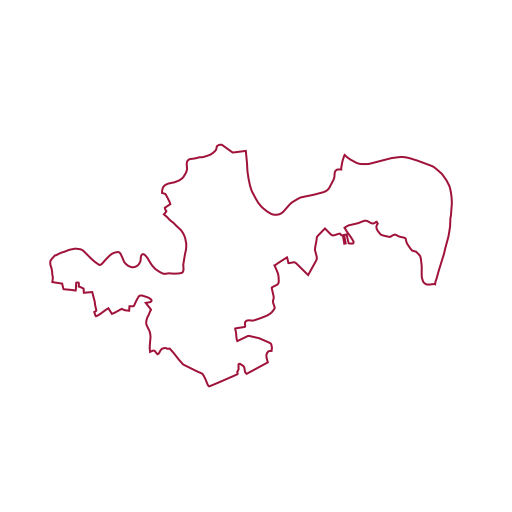 My Loc, Nam Định, Vietnam, rotated 347°
{"feature_id": "81297802B55456276640785", "entity_name": "My Loc", "entity_type": "district", "adm_level": 2, "iso_a3": "VNM", "parent_name": "Vietnam", "parent_adm1": "Nam Định", "projection": "natural_earth1", "projection_center": [106.125, 20.455], "detail": "fine", "context": "isolated", "style": "outline", "palette": "rose", "viewbox_px": 512, "rotation_deg": 347, "n_neighbors": 0, "source": "geoboundaries", "source_scale": "gbopen_adm2", "svg_char_len": 6113}
<svg xmlns="http://www.w3.org/2000/svg" viewBox="0 0 512 512"><g transform="rotate(347 256 256)"><path d="M51.7,235.6L60.9,239.3L60.9,244.5L61.1,245.1L68.7,247.6L72.5,249.1L73.3,247.0L74.4,242.8L74.9,241.6L75.7,241.5L76.9,241.9L77.2,242.4L77.2,243.2L76.4,245.9L78.1,246.9L80.7,249.0L80.3,251.1L80.0,253.1L88.3,254.3L88.6,264.0L88.2,267.3L88.2,273.0L88.0,273.4L87.5,273.7L85.8,274.2L86.1,277.5L86.3,278.4L86.5,278.7L88.8,278.3L91.0,277.5L97.5,274.7L100.4,273.7L102.6,280.0L105.4,279.5L113.3,277.3L115.9,279.3L120.1,280.8L121.4,276.5L124.3,277.2L125.3,277.3L125.9,277.1L128.5,273.7L130.7,271.1L132.6,269.1L133.2,268.7L134.5,268.5L136.1,268.9L140.5,271.5L142.2,272.7L143.2,273.8L144.1,275.0L144.2,276.0L143.9,276.5L142.8,277.1L142.2,277.1L138.0,276.9L141.3,283.9L141.6,284.5L141.5,285.0L140.4,286.0L138.4,289.0L136.3,291.4L134.8,294.0L134.0,296.1L133.8,297.9L133.9,298.9L135.4,305.6L135.4,308.3L135.0,311.2L132.5,318.9L131.7,321.8L131.2,325.6L133.9,325.1L135.0,325.1L135.6,325.4L136.0,325.8L137.8,329.5L138.8,329.3L139.5,329.0L141.9,326.3L143.6,325.2L146.0,325.1L147.4,325.4L149.0,326.6L151.1,326.8L153.9,331.9L157.5,339.6L160.6,345.3L172.4,355.0L177.2,358.6L178.2,361.2L179.0,364.6L180.1,371.1L180.8,372.3L181.1,372.5L181.5,372.5L195.7,370.0L211.1,367.1L211.5,366.9L211.6,366.5L211.6,365.0L211.7,364.6L212.9,363.3L213.6,362.3L214.5,357.9L214.7,357.6L215.3,357.3L216.2,357.5L219.2,360.7L219.5,362.1L219.3,365.5L219.4,367.2L219.7,367.8L220.4,368.7L243.6,362.3L243.4,358.2L243.6,355.6L243.9,354.8L244.7,353.3L245.2,352.7L246.7,351.7L247.9,351.6L249.8,352.0L250.9,349.0L251.0,345.4L250.7,344.8L250.2,344.1L249.3,343.3L240.5,336.8L231.5,332.4L230.5,332.1L229.8,332.2L218.7,334.7L218.5,332.8L218.6,331.0L219.3,326.3L219.3,322.7L219.4,322.0L221.5,322.0L228.8,322.6L229.2,322.5L229.7,321.9L230.1,319.1L230.5,318.1L231.8,317.1L232.4,316.9L234.1,317.0L235.6,317.3L237.3,318.0L239.2,318.3L245.6,317.7L249.8,317.1L253.6,316.5L257.0,315.3L259.1,314.1L261.2,312.4L262.2,311.3L262.6,310.7L262.6,309.8L262.2,306.0L262.2,304.4L262.4,303.6L263.8,301.0L264.0,300.1L264.1,299.1L264.1,290.9L264.2,290.5L264.6,290.1L269.9,288.8L271.0,288.3L271.9,287.2L272.3,286.4L272.6,285.3L273.3,281.3L273.5,278.3L272.8,273.8L271.9,269.3L272.6,269.3L275.0,268.2L285.9,264.3L286.0,265.0L286.0,270.2L286.7,270.4L291.5,270.6L292.7,271.2L293.6,272.3L302.5,286.3L312.7,275.0L314.3,273.1L314.8,271.6L315.0,270.4L314.8,263.3L315.5,261.1L318.7,253.8L319.3,251.9L319.6,251.3L320.4,250.5L326.4,246.6L329.4,244.7L333.5,251.4L334.7,252.8L335.8,253.3L336.9,253.4L341.5,253.0L342.7,253.1L343.0,253.2L343.7,254.8L344.2,255.2L345.3,255.3L344.8,263.9L346.2,263.9L346.6,255.3L349.1,255.4L349.1,264.3L349.3,264.6L352.2,265.5L353.2,265.6L353.7,265.4L354.0,265.0L354.3,263.9L352.7,259.0L350.4,253.7L348.6,248.4L351.2,247.5L353.1,247.0L362.9,247.0L367.3,246.3L369.8,246.1L370.7,246.2L372.2,246.9L375.7,250.0L377.1,250.6L378.5,250.7L380.9,249.7L381.2,249.7L381.9,251.9L380.9,252.8L379.9,254.4L379.7,256.4L380.1,258.4L380.4,259.2L382.2,262.9L382.7,263.5L383.7,264.2L388.3,266.5L390.6,267.5L390.9,267.6L394.3,266.5L396.3,266.4L397.1,266.9L399.2,268.7L400.1,269.4L404.3,271.4L405.5,272.2L405.7,272.9L405.7,275.9L406.0,278.0L408.0,283.2L409.3,285.8L412.9,287.8L414.6,290.4L415.8,292.6L416.0,293.7L416.0,296.1L415.2,303.1L413.1,312.0L412.8,314.2L412.9,316.8L413.1,318.5L413.6,319.7L414.3,320.8L415.8,322.1L418.2,322.8L423.7,323.4L424.2,323.8L424.9,321.8L427.4,317.7L430.6,311.7L439.7,296.1L442.5,290.4L448.0,280.1L449.7,276.0L451.7,271.0L453.8,263.3L455.0,260.5L458.4,249.7L459.1,246.7L459.7,243.3L460.2,238.5L460.3,235.1L460.3,232.5L459.9,230.2L458.9,226.2L458.3,224.3L455.6,217.8L452.6,213.6L449.5,209.5L447.8,208.0L434.3,199.1L427.4,195.1L423.7,193.4L420.1,192.2L416.3,191.7L410.0,191.1L386.7,191.7L384.4,191.3L379.6,190.2L377.2,189.3L374.9,187.9L369.7,183.3L367.2,180.5L365.1,177.5L364.2,178.6L361.6,183.0L358.9,189.2L358.5,190.9L355.2,190.1L354.3,190.1L353.6,190.4L352.5,191.0L351.7,192.0L351.2,193.2L350.2,196.5L349.5,198.0L348.3,199.6L342.8,206.0L341.3,207.3L340.2,207.9L338.3,208.6L335.9,209.0L332.2,209.1L326.0,209.3L312.6,209.0L309.1,209.9L303.3,211.8L301.5,212.7L299.8,213.8L293.0,218.7L291.3,219.7L289.5,220.3L287.8,220.6L284.8,220.4L281.8,219.4L280.3,218.4L276.9,215.2L273.6,211.0L272.1,208.7L270.4,205.2L269.5,202.7L268.5,199.4L266.6,192.3L266.3,190.2L266.0,185.9L266.1,179.7L266.5,174.3L266.7,171.7L268.2,163.0L269.7,151.3L257.8,150.1L256.5,149.9L247.8,140.0L246.3,139.5L244.2,139.6L242.5,140.3L241.5,142.6L241.1,143.3L239.8,144.5L237.4,145.8L234.9,146.8L233.5,147.1L230.3,147.5L226.7,147.7L225.1,147.6L223.6,147.1L218.4,147.2L214.4,146.8L212.7,146.8L211.7,147.2L210.2,148.3L209.9,148.9L209.1,151.0L208.5,155.4L208.3,156.1L207.7,157.1L207.0,158.4L205.6,160.1L202.8,162.9L201.2,163.9L198.1,165.1L192.7,165.9L191.7,165.8L186.9,165.7L183.9,166.3L183.1,166.6L181.8,167.5L181.1,168.0L180.2,169.2L179.2,171.4L178.6,173.4L180.9,174.7L181.6,175.2L181.9,175.8L182.6,178.3L183.9,183.5L184.2,186.2L178.0,188.5L178.0,190.0L178.7,192.3L176.6,194.1L175.6,194.7L178.3,198.3L179.6,200.7L181.0,202.7L183.3,205.5L184.8,208.1L188.7,213.9L190.0,217.2L190.5,219.1L190.9,221.5L191.0,223.1L190.8,228.4L190.1,231.4L189.2,234.1L187.2,238.3L183.2,248.0L182.4,252.6L182.0,253.8L180.8,255.4L180.2,255.7L177.1,255.7L172.2,254.8L167.0,253.2L164.1,253.0L162.4,252.7L160.8,251.8L158.8,250.1L155.8,247.0L155.1,246.2L152.7,242.0L151.4,238.6L149.8,233.6L149.1,232.0L147.8,229.8L146.9,229.0L146.5,228.8L145.7,228.8L145.1,229.0L144.3,229.8L143.6,231.0L142.8,233.6L142.1,235.3L140.4,237.3L138.6,238.6L136.5,239.3L135.2,239.4L133.3,239.3L131.9,238.7L129.4,237.0L127.8,235.0L127.1,234.0L126.3,232.3L126.1,231.6L125.4,227.4L124.5,223.3L123.9,222.2L123.3,221.5L122.7,221.2L122.0,221.0L119.4,220.9L118.2,221.0L115.7,221.6L113.1,222.9L108.7,225.7L104.4,228.8L102.6,229.6L101.8,229.6L101.4,229.5L100.1,228.2L97.3,225.0L94.7,221.3L88.9,212.0L87.6,210.8L86.4,209.9L81.7,208.2L77.2,208.0L75.0,208.0L70.2,208.8L67.4,208.9L63.9,209.6L61.5,210.3L60.4,210.1L56.6,212.7L54.7,214.4L54.0,216.1L53.7,218.3L54.0,222.4L53.8,225.6L53.4,227.9L53.2,231.5L51.7,235.6Z" fill="none" stroke="#9f1239" stroke-width="2"/></g></svg>